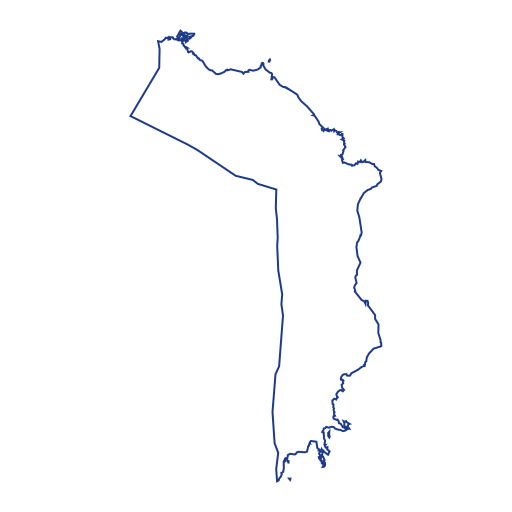 Oriental Mindoro, Mindoro Oriental, Philippines
{"feature_id": "2640588B63893974857560", "entity_name": "Oriental Mindoro", "entity_type": "district", "adm_level": 2, "iso_a3": "PHL", "parent_name": "Philippines", "parent_adm1": "Mindoro Oriental", "projection": "albers", "projection_center": [121.29, 12.869], "detail": "fine", "context": "isolated", "style": "outline", "palette": "blue", "viewbox_px": 512, "rotation_deg": 0, "n_neighbors": 0, "source": "geoboundaries", "source_scale": "gbopen_adm2", "svg_char_len": 5964}
<svg xmlns="http://www.w3.org/2000/svg" viewBox="0 0 512 512"><path d="M277.1,481.3L278.6,480.5L279.3,478.4L280.8,476.7L281.7,474.6L281.3,473.0L283.2,471.9L283.8,468.3L283.7,461.6L284.6,459.9L285.1,460.3L285.0,461.0L285.5,462.1L285.1,458.6L285.5,458.2L286.9,459.2L286.7,458.3L287.4,458.1L287.9,455.0L290.1,453.8L294.9,454.5L296.3,453.4L296.6,452.5L298.4,451.8L305.0,452.3L307.0,451.6L308.2,446.5L309.2,445.3L309.9,445.3L308.9,445.0L309.6,443.4L310.1,443.5L309.7,442.5L310.8,441.0L316.4,441.7L317.3,448.0L319.1,449.4L318.6,450.5L321.0,450.8L321.6,449.1L322.3,450.3L323.1,450.5L322.3,451.5L322.8,452.0L322.6,452.2L321.7,451.3L320.0,451.9L319.3,452.9L319.0,453.7L320.2,455.0L319.9,455.9L321.3,456.2L322.0,455.4L322.7,452.3L323.6,451.4L328.0,454.7L329.6,451.3L327.3,449.5L327.4,447.2L326.0,447.7L325.3,447.0L324.9,445.7L325.6,444.8L324.6,444.8L324.4,444.5L325.1,441.0L324.0,438.1L323.7,432.6L322.6,432.3L323.0,431.8L322.5,431.4L323.3,430.4L323.8,428.5L325.3,428.1L326.2,426.9L328.7,427.7L332.1,426.7L334.0,427.2L334.8,428.4L337.5,429.5L340.3,429.9L343.0,431.1L345.3,430.6L346.6,429.7L344.2,427.6L342.9,427.2L340.7,423.7L338.9,423.2L338.6,420.9L337.4,419.5L336.4,419.8L333.7,418.7L333.3,417.1L333.6,416.1L335.0,415.8L334.1,414.2L334.0,412.3L334.4,412.4L334.5,412.2L334.0,411.9L333.6,409.5L334.0,408.4L333.3,407.2L333.5,404.6L332.6,404.0L332.4,400.5L334.3,398.7L336.2,399.5L336.7,398.1L337.5,397.7L337.8,397.2L337.0,396.6L336.3,394.3L337.8,391.9L339.6,390.4L341.0,390.0L342.8,391.3L344.0,389.9L342.3,388.0L341.6,385.0L343.2,383.2L342.8,382.0L343.5,380.6L342.1,379.6L340.5,380.2L341.1,379.7L340.7,378.7L341.3,376.8L342.9,374.8L344.0,374.3L346.1,374.2L345.9,375.1L346.3,374.4L347.3,375.7L349.9,375.7L351.5,373.2L358.4,369.5L361.5,367.0L364.7,365.8L364.2,364.9L365.0,364.4L365.2,362.1L366.3,361.1L366.8,357.4L369.1,353.4L372.2,350.1L372.9,350.1L372.4,349.9L373.5,348.7L381.3,346.2L381.1,342.6L380.6,342.3L380.5,339.9L378.3,333.0L378.5,324.4L375.1,318.9L375.1,315.1L367.9,305.3L368.2,303.0L367.5,300.9L366.9,300.4L367.3,300.9L367.1,301.0L365.8,300.7L365.5,303.9L364.2,301.2L361.7,300.1L355.0,291.7L355.4,291.5L354.2,287.5L354.8,285.4L356.6,283.0L355.3,277.4L355.9,275.5L357.0,274.8L356.9,270.4L360.5,262.7L357.6,256.2L356.4,247.1L357.1,242.4L358.3,241.1L360.3,236.2L361.4,235.1L360.6,235.6L359.6,235.5L361.1,235.0L361.7,232.6L359.3,217.2L357.3,210.5L358.0,204.1L360.8,198.0L360.5,197.3L361.1,197.8L363.9,193.0L367.7,190.0L370.9,188.9L371.7,187.6L376.8,185.8L377.2,184.4L380.9,181.5L381.5,179.0L379.9,172.9L381.2,170.9L378.3,169.9L377.2,168.1L374.8,166.3L374.0,164.0L372.8,164.2L369.0,162.2L365.5,162.0L365.3,160.1L363.3,161.9L361.4,162.2L360.5,161.9L361.2,160.7L360.9,160.3L359.9,161.8L359.0,162.1L358.1,161.6L357.4,163.9L356.0,163.3L354.5,165.2L352.0,165.7L351.7,164.7L348.8,164.4L344.1,162.4L342.9,162.8L341.9,159.9L342.9,159.2L340.0,156.2L341.9,156.6L341.1,154.9L342.5,154.3L343.5,150.9L343.1,150.4L345.5,147.0L344.0,144.5L344.1,143.6L344.6,143.5L343.9,141.5L344.3,140.7L341.8,139.4L343.8,138.5L342.4,137.0L342.5,134.0L342.0,133.9L341.1,135.1L339.3,134.8L338.9,134.1L337.6,134.2L337.7,133.4L340.0,132.2L336.7,131.9L336.2,130.9L334.9,130.2L334.2,131.1L333.8,129.2L331.2,130.8L330.4,130.0L329.5,130.0L328.9,131.3L327.1,130.6L328.2,129.9L327.8,128.6L325.6,129.7L324.3,128.7L324.4,129.5L323.6,130.9L323.0,130.1L322.1,130.2L321.7,128.6L322.8,127.4L319.3,124.0L318.6,121.6L314.6,115.7L313.5,115.4L314.1,115.2L314.1,114.5L307.4,106.7L301.2,101.2L298.3,97.2L297.3,94.7L288.1,88.7L288.3,89.1L284.4,86.9L283.5,87.1L279.7,84.9L274.5,77.3L273.0,77.1L272.1,79.3L271.4,79.3L272.1,74.3L271.4,73.0L269.8,72.7L265.7,69.5L263.4,65.7L263.5,63.8L262.9,62.9L262.2,62.9L261.5,64.0L261.5,65.1L260.6,66.2L260.7,67.4L257.8,69.5L253.3,70.7L249.3,69.8L248.4,70.4L248.5,71.8L244.9,72.0L243.4,73.7L241.9,71.9L230.6,69.3L228.5,70.1L227.5,69.8L227.1,70.3L226.4,69.9L224.3,71.9L220.3,73.7L217.8,74.2L216.0,73.9L212.1,70.4L210.4,70.3L208.4,69.1L205.6,66.2L202.5,60.9L200.0,60.0L198.7,58.3L198.1,58.5L195.7,55.2L194.5,55.1L194.1,54.2L193.3,54.1L192.9,53.2L193.3,52.8L192.1,51.5L190.9,51.2L188.7,52.4L188.0,51.9L187.2,48.8L186.2,48.7L186.3,47.7L187.0,47.7L185.9,47.0L185.1,47.3L184.3,45.9L183.7,45.7L183.3,43.7L182.1,43.4L182.2,41.1L185.2,40.4L186.0,40.9L186.0,42.0L187.9,40.7L186.9,39.1L187.3,38.4L189.3,38.8L189.9,37.8L190.5,38.1L191.0,37.5L189.6,37.4L189.5,36.8L193.4,35.8L193.7,34.4L194.3,34.1L194.1,33.7L189.5,33.7L188.4,34.4L186.6,32.7L186.0,33.0L185.2,32.4L183.7,33.1L184.2,35.3L186.9,35.6L187.3,36.5L186.5,36.9L185.8,36.3L186.3,37.4L185.9,37.8L185.2,37.1L184.1,37.2L184.1,36.3L183.7,37.6L184.7,38.5L184.6,39.1L183.2,38.7L183.5,39.6L182.9,39.8L181.9,38.9L181.6,40.5L179.8,40.4L180.7,39.3L179.6,39.3L179.1,37.8L180.6,35.4L178.6,34.2L177.1,36.4L179.0,38.3L178.0,40.2L177.4,40.1L176.9,38.7L174.8,39.5L173.1,38.3L173.1,37.6L172.0,37.2L170.3,37.3L170.2,39.2L168.5,39.6L168.4,37.2L167.0,38.1L165.8,37.7L164.6,39.4L161.4,41.9L158.1,41.2L159.6,49.0L159.2,67.9L130.5,116.1L187.6,144.5L197.7,150.2L235.7,175.8L252.7,179.9L257.9,183.9L276.3,189.5L275.8,208.2L277.0,219.1L277.7,237.9L277.2,245.9L278.3,270.7L282.2,294.4L281.4,304.2L283.0,315.6L279.1,366.4L275.5,374.2L272.5,412.0L274.6,443.2L278.2,452.7L276.2,469.2L277.1,481.3ZM344.8,421.8L343.6,421.2L344.4,423.4L344.2,426.3L346.1,426.9L347.9,428.6L349.3,428.8L347.5,426.1L348.6,424.2L349.6,423.9L346.1,421.8L346.0,421.2L344.8,421.8ZM323.2,456.8L322.1,455.7L321.8,456.8L318.8,457.2L319.3,458.7L320.7,458.9L320.3,459.9L321.6,460.5L321.2,461.1L321.7,462.3L323.2,461.9L324.6,460.4L323.2,456.8ZM180.5,30.7L179.0,33.1L182.1,34.4L183.0,35.9L183.4,34.9L182.6,32.8L180.5,30.7ZM324.1,462.1L322.3,463.6L323.9,464.5L322.7,466.9L324.1,466.7L325.1,465.3L324.9,462.7L324.1,462.1ZM329.3,431.6L328.1,433.1L328.3,436.1L329.3,437.5L329.7,436.4L329.1,434.6L329.3,431.6ZM269.8,59.5L269.1,60.2L268.5,62.4L270.1,60.3L269.8,59.5ZM290.4,478.6L289.1,478.6L290.1,479.8L290.4,478.6ZM288.6,461.2L287.6,460.5L288.6,463.4L288.6,461.2Z" fill="none" stroke="#1e3a8a" stroke-width="2"/></svg>